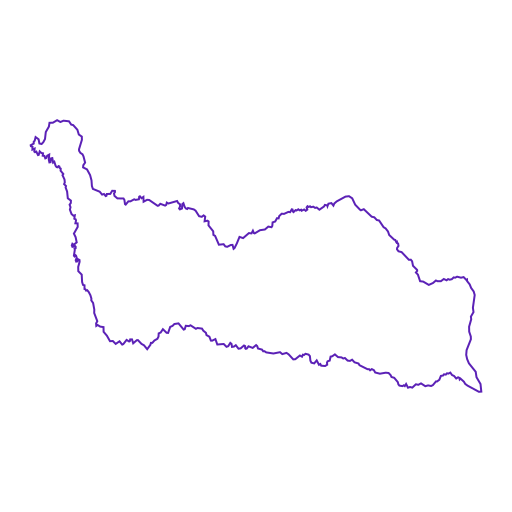 La Sierra, Cauca, Colombia
{"feature_id": "7082276B53441696517759", "entity_name": "La Sierra", "entity_type": "district", "adm_level": 2, "iso_a3": "COL", "parent_name": "Colombia", "parent_adm1": "Cauca", "projection": "equal_earth", "projection_center": [-76.803, 2.2], "detail": "fine", "context": "isolated", "style": "outline", "palette": "violet", "viewbox_px": 512, "rotation_deg": 0, "n_neighbors": 0, "source": "geoboundaries", "source_scale": "gbopen_adm2", "svg_char_len": 5988}
<svg xmlns="http://www.w3.org/2000/svg" viewBox="0 0 512 512"><path d="M35.6,137.1L34.7,140.7L33.7,141.8L33.7,143.6L30.7,145.2L30.9,146.2L32.5,146.8L32.4,149.6L34.6,148.6L34.3,151.6L35.0,152.2L36.3,151.6L38.0,155.1L38.7,154.9L39.7,151.4L41.4,153.0L43.0,153.3L42.7,155.7L44.4,155.9L45.3,158.4L46.4,157.9L47.2,155.7L49.2,154.6L48.8,159.7L49.4,162.4L50.5,162.2L51.0,158.4L52.3,158.1L53.1,162.6L54.3,161.7L55.6,165.8L56.6,167.1L57.6,167.3L58.5,166.1L59.3,166.4L59.8,168.0L60.7,168.6L60.6,170.7L63.3,174.0L62.5,175.2L64.5,179.5L64.8,182.4L64.1,184.1L66.0,186.0L65.6,187.5L67.1,191.5L67.8,198.3L70.9,200.6L70.8,203.0L69.6,204.7L70.5,207.2L69.9,209.6L71.5,214.0L73.4,215.7L74.8,215.3L74.3,218.7L75.7,219.4L76.0,220.6L75.4,223.3L77.6,223.4L77.7,226.9L73.9,233.6L75.6,237.1L76.7,242.4L73.6,244.8L72.4,243.8L71.8,245.4L72.4,246.8L74.9,245.8L75.7,246.8L75.6,248.2L74.5,248.4L74.8,249.9L73.9,255.7L74.5,256.4L75.5,255.2L76.0,255.6L76.7,257.7L75.7,260.2L76.2,261.6L77.3,261.4L78.0,259.2L79.5,260.0L79.6,261.8L78.2,266.9L78.3,271.2L81.7,274.6L82.1,282.0L83.0,284.9L84.5,285.3L84.5,289.0L85.4,289.3L86.1,290.6L87.2,290.2L88.7,292.0L90.4,295.2L91.4,298.6L91.3,300.4L93.1,303.0L94.3,309.6L94.2,313.0L97.3,321.2L96.1,323.4L96.3,325.9L97.6,325.0L100.2,326.6L103.5,327.1L103.6,331.8L106.9,335.7L110.0,341.2L112.8,341.0L115.7,343.9L119.5,341.3L122.2,344.6L123.3,344.1L126.6,339.9L129.1,341.5L129.8,341.2L130.2,339.4L132.0,339.4L133.2,343.3L136.8,340.2L137.9,340.1L141.5,343.9L144.0,345.3L147.2,349.2L150.4,344.8L150.9,342.9L152.3,342.9L154.4,340.5L157.4,338.8L158.5,336.6L158.7,333.4L160.7,332.5L162.9,329.2L166.6,332.8L168.1,332.9L170.2,326.9L172.5,325.9L174.4,324.0L178.5,323.4L183.7,329.6L184.7,329.2L185.8,325.8L188.9,326.1L190.5,325.3L195.9,328.8L197.5,328.0L202.0,328.6L203.3,330.7L205.9,332.8L206.5,335.1L209.4,336.7L210.9,340.6L212.1,340.7L215.4,339.1L217.3,344.5L223.7,344.0L226.5,346.8L228.2,346.2L230.3,342.9L231.5,343.9L232.0,346.9L233.9,346.6L235.8,345.2L238.5,348.7L240.6,348.4L244.0,345.5L245.1,346.1L245.2,348.2L245.7,348.8L246.7,348.6L248.5,346.3L252.7,347.9L256.1,345.1L257.2,346.1L258.0,348.5L262.0,349.6L263.2,351.3L264.5,351.2L266.2,352.4L273.4,353.5L280.0,352.2L282.3,354.1L286.5,352.9L288.6,354.3L293.3,359.4L295.3,359.2L299.9,355.5L302.0,356.7L302.9,354.7L304.0,355.0L305.5,353.8L308.6,354.6L309.9,356.1L310.4,360.7L311.4,362.7L314.2,363.4L316.7,360.4L319.0,364.8L320.3,364.0L321.2,365.7L325.1,366.0L327.2,364.7L327.0,362.6L327.6,361.3L329.7,360.6L330.6,356.6L332.2,356.3L334.9,354.4L338.0,357.1L341.5,357.4L343.2,358.5L344.9,358.0L347.6,360.6L350.0,360.9L352.1,359.7L354.5,362.3L358.5,363.5L359.5,365.2L367.5,369.2L369.1,369.2L370.1,370.3L371.8,369.1L373.9,370.2L375.2,372.5L379.9,373.7L385.7,372.7L388.6,373.0L390.6,375.1L391.5,377.0L394.2,377.8L397.8,382.1L398.4,384.4L399.4,385.6L402.5,386.1L403.8,385.3L404.8,386.1L406.1,384.0L408.0,387.7L410.0,387.0L412.3,387.6L415.9,384.3L418.3,384.8L421.0,383.4L425.3,386.2L428.1,385.4L431.1,386.0L432.9,385.1L436.0,381.4L437.0,381.5L439.3,379.8L440.9,375.9L443.1,375.5L444.0,374.3L445.8,374.6L447.0,373.3L448.4,373.6L450.3,372.6L452.0,375.0L454.1,376.0L456.2,378.5L458.1,377.3L459.4,377.9L459.7,379.4L460.5,378.6L463.9,381.7L465.2,383.9L467.5,385.6L478.9,391.8L481.3,391.6L480.5,384.0L476.5,377.2L475.7,371.8L468.9,363.3L467.1,359.0L466.2,354.9L466.6,350.1L470.9,339.2L470.8,336.5L469.2,331.7L469.1,326.7L471.2,319.3L470.9,316.6L473.5,312.1L472.9,307.8L474.7,295.0L473.7,291.5L471.1,287.9L469.7,284.4L467.1,281.1L467.0,279.5L466.3,279.9L463.6,277.1L461.0,277.7L457.1,276.7L455.1,277.7L453.7,277.4L451.8,279.2L449.7,279.7L448.1,279.1L446.6,280.3L443.8,279.0L440.9,281.2L437.5,281.2L435.9,280.5L433.0,283.0L428.8,284.9L423.2,281.6L420.1,281.2L417.9,274.6L415.9,272.5L417.2,270.9L417.1,269.9L413.0,265.8L412.1,261.3L410.8,259.7L408.9,259.8L401.6,252.1L398.5,251.3L397.0,249.3L397.1,248.0L398.5,245.9L398.1,243.5L396.9,243.0L396.9,241.6L396.1,241.8L395.3,240.0L394.2,239.7L389.2,235.0L388.0,231.5L385.6,228.4L383.6,227.2L379.1,220.5L376.8,220.0L374.3,217.3L371.7,216.7L363.8,209.2L360.9,210.3L360.0,209.7L355.2,204.7L352.2,198.3L349.0,196.2L345.5,196.6L336.7,201.4L334.3,203.5L333.4,205.6L331.4,203.1L328.4,203.7L327.5,206.1L327.3,205.4L324.9,204.9L324.0,206.5L319.4,209.7L316.7,207.5L315.1,207.9L313.3,206.7L311.0,207.2L310.0,206.3L308.7,207.0L307.5,206.2L306.6,207.4L307.3,209.6L305.7,210.8L304.2,209.5L301.6,210.7L301.1,209.7L299.5,210.3L298.3,209.3L296.5,210.5L295.6,210.1L293.5,212.1L292.9,211.5L292.5,209.5L291.8,209.3L290.1,212.2L288.4,211.9L284.0,213.9L281.7,213.7L279.2,216.1L278.6,218.4L277.0,218.2L275.2,221.5L272.6,222.4L272.3,225.9L271.5,227.2L268.3,226.6L264.9,229.5L260.0,230.2L254.7,233.4L253.9,233.1L252.9,230.7L251.5,233.4L248.9,233.1L243.1,238.1L239.5,236.9L236.8,243.5L234.5,248.1L233.6,248.8L232.5,244.9L230.8,245.0L227.2,246.8L225.3,246.4L223.6,244.2L218.9,244.7L215.1,235.9L213.4,234.9L213.2,231.3L208.5,225.4L208.6,221.5L207.5,220.7L204.6,221.3L205.2,216.6L203.6,215.4L201.8,216.8L199.1,216.2L195.6,210.7L193.8,209.4L188.0,208.0L187.2,209.0L185.9,208.5L184.6,206.8L183.4,203.2L182.3,204.1L182.0,208.5L179.9,209.4L179.1,208.5L180.1,206.4L180.0,204.3L178.2,203.0L177.1,201.0L168.4,203.5L166.8,202.6L166.2,204.9L165.1,205.6L160.3,203.8L158.6,205.6L157.6,205.8L149.2,200.0L147.1,199.8L143.6,201.7L143.4,196.9L141.5,198.2L139.9,196.3L139.2,196.7L138.9,199.3L135.5,199.9L134.2,199.3L130.5,201.3L128.4,201.3L125.7,204.6L125.0,204.1L124.4,199.9L123.5,198.5L117.4,198.4L114.5,195.9L114.0,193.5L115.0,192.0L114.9,190.9L112.2,190.8L110.3,193.9L106.8,194.0L106.4,195.8L105.7,196.1L104.0,194.0L102.1,194.6L99.7,191.7L92.9,188.9L91.9,186.0L91.5,180.4L90.1,175.1L87.0,169.4L83.1,167.4L83.3,165.2L85.1,162.6L83.5,156.4L82.5,154.3L80.4,152.9L79.1,150.8L79.0,149.3L81.9,139.8L81.8,136.6L78.8,134.5L77.4,129.8L73.2,125.1L71.2,124.6L69.0,121.3L63.5,120.7L60.4,122.0L57.1,120.2L52.9,122.7L49.5,122.8L48.9,126.6L45.8,132.0L45.0,139.0L43.3,142.2L41.6,144.0L39.4,143.5L38.6,139.3L35.6,137.1Z" fill="none" stroke="#5b21b6" stroke-width="2"/></svg>